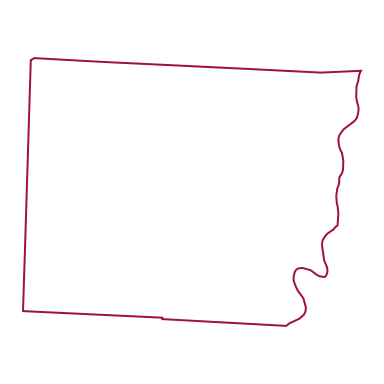 Belmont, Ohio, United States of America
{"feature_id": "52423323B48788624024896", "entity_name": "Belmont", "entity_type": "district", "adm_level": 2, "iso_a3": "USA", "parent_name": "United States of America", "parent_adm1": "Ohio", "projection": "equal_earth", "projection_center": [-80.794, 40.011], "detail": "fine", "context": "isolated", "style": "outline", "palette": "rose", "viewbox_px": 384, "rotation_deg": 0, "n_neighbors": 0, "source": "geoboundaries", "source_scale": "gbopen_adm2", "svg_char_len": 1106}
<svg xmlns="http://www.w3.org/2000/svg" viewBox="0 0 384 384"><path d="M30.8,60.2L25.2,241.8L23.0,311.1L162.3,317.7L162.3,319.1L286.2,325.9L289.3,323.4L299.7,318.5L304.0,314.5L305.5,311.5L305.9,307.4L303.5,298.7L302.1,296.4L298.2,291.3L295.8,286.6L294.0,281.7L293.5,279.3L293.8,275.8L294.8,271.9L295.9,270.1L297.5,268.8L299.3,268.2L302.4,268.0L310.5,270.1L317.0,275.0L319.7,276.3L323.3,276.9L324.5,276.9L325.4,276.5L326.0,275.7L327.2,272.8L327.5,270.6L327.0,267.2L324.1,260.2L322.1,245.6L322.1,242.6L322.8,239.9L325.9,235.1L328.0,233.2L333.6,229.3L335.6,226.9L337.5,225.5L338.4,213.6L337.6,206.3L336.9,203.9L336.3,196.6L336.4,194.7L337.3,188.6L339.0,184.0L339.3,182.2L339.2,178.4L339.9,176.4L341.8,173.7L342.9,170.2L343.0,168.8L343.3,162.5L343.3,160.5L341.9,152.5L341.2,151.7L339.4,147.3L338.5,142.0L338.4,138.5L339.6,134.8L343.4,129.5L354.6,120.9L356.4,118.6L357.1,117.1L358.0,113.8L358.6,109.3L358.4,107.3L357.7,104.0L357.3,103.3L356.2,97.3L356.5,86.5L358.2,81.0L359.0,75.5L359.9,72.8L361.0,70.8L321.0,72.6L247.3,68.9L104.0,62.0L34.3,58.1L30.8,60.2Z" fill="none" stroke="#9f1239" stroke-width="2"/></svg>